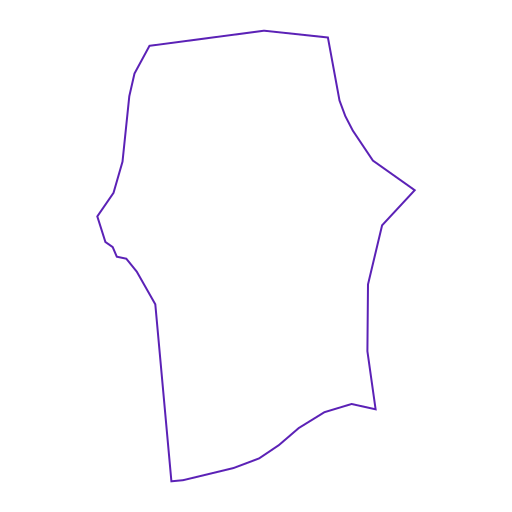 outline of Rio Claro-Mayaro
{"feature_id": "TTO-55", "entity_name": "Rio Claro-Mayaro", "entity_type": "Region", "adm_level": 1, "iso_a3": "TTO", "parent_name": "Trinidad and Tobago", "parent_adm1": "", "projection": "mercator", "projection_center": [-61.112, 10.272], "detail": "fine", "context": "isolated", "style": "outline", "palette": "violet", "viewbox_px": 512, "rotation_deg": 0, "n_neighbors": 0, "source": "natural_earth", "source_scale": "10m", "svg_char_len": 504}
<svg xmlns="http://www.w3.org/2000/svg" viewBox="0 0 512 512"><path d="M327.9,37.5L339.5,100.5L345.3,116.1L352.8,130.6L372.9,160.6L414.7,190.2L382.1,225.3L368.0,284.4L367.4,351.2L375.6,409.3L351.5,404.0L324.4,412.2L298.8,428.0L278.9,445.1L259.1,458.4L233.6,468.0L183.0,480.2L171.4,481.3L155.3,304.3L136.8,271.7L126.3,258.7L116.8,256.7L112.7,247.1L105.4,242.0L97.3,216.4L113.5,192.9L122.5,161.7L129.3,96.2L134.5,73.5L149.5,45.8L264.0,30.7L327.9,37.5Z" fill="none" stroke="#5b21b6" stroke-width="2"/></svg>